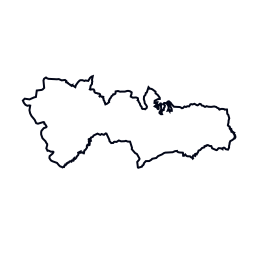 Dong Luang, Mukdahan, Thailand, rotated 7°
{"feature_id": "78962969B66357052438621", "entity_name": "Dong Luang", "entity_type": "district", "adm_level": 2, "iso_a3": "THA", "parent_name": "Thailand", "parent_adm1": "Mukdahan", "projection": "mercator", "projection_center": [104.389, 16.783], "detail": "fine", "context": "isolated", "style": "outline", "palette": "ink", "viewbox_px": 256, "rotation_deg": 7, "n_neighbors": 0, "source": "geoboundaries", "source_scale": "gbopen_adm2", "svg_char_len": 5822}
<svg xmlns="http://www.w3.org/2000/svg" viewBox="0 0 256 256"><g transform="rotate(7 128 128)"><path d="M224.0,97.6L222.7,97.7L221.9,98.0L221.2,97.6L219.9,97.5L218.1,97.7L216.5,98.6L215.9,98.1L215.7,97.5L214.1,97.1L213.1,96.4L210.9,96.1L208.1,96.9L205.5,97.1L203.2,96.8L202.3,97.5L201.5,97.6L200.1,96.8L198.5,96.7L197.3,95.4L196.2,95.3L194.4,97.0L193.4,96.9L191.0,95.9L189.0,96.8L188.1,96.6L187.1,96.9L186.0,99.1L184.2,99.2L183.0,100.1L181.4,99.8L180.1,101.4L179.1,101.8L177.5,101.0L176.5,100.9L171.1,101.3L168.7,99.4L167.3,97.8L165.3,96.5L164.2,97.0L163.6,97.9L165.4,98.5L166.1,99.2L169.0,103.8L169.4,105.6L168.9,105.7L168.5,105.2L168.0,105.8L167.0,104.9L167.1,106.1L166.5,105.4L165.3,105.9L165.8,104.1L165.9,102.8L165.3,101.2L164.2,99.7L162.7,98.7L161.0,98.7L160.6,99.0L160.4,100.0L161.9,101.3L161.8,102.7L161.2,103.9L161.3,105.8L160.6,106.1L159.9,105.9L160.1,106.5L159.5,107.2L159.5,109.0L160.1,110.1L159.1,110.3L157.5,109.4L157.3,108.6L158.8,105.4L157.8,101.4L158.4,101.0L158.7,100.3L158.0,100.2L157.5,99.6L157.1,99.7L156.7,100.5L155.6,101.5L155.9,102.2L155.7,102.8L156.1,105.2L155.6,105.6L155.1,105.4L154.4,104.4L154.6,103.6L154.1,103.0L153.0,103.7L152.5,103.5L153.2,102.7L152.3,102.7L153.3,101.6L154.0,101.2L154.1,100.8L153.8,100.5L154.1,98.8L153.3,98.9L152.1,100.0L151.2,99.9L151.2,97.7L154.2,95.7L156.0,95.3L155.8,94.1L153.5,91.6L151.1,90.2L150.9,88.6L147.4,86.6L145.7,86.2L144.4,86.4L143.9,85.4L143.4,85.0L142.3,90.5L141.4,91.1L141.3,92.9L140.1,94.7L140.2,97.5L141.1,99.5L141.6,101.4L143.5,103.4L144.2,104.5L144.1,105.8L142.7,107.3L142.1,107.1L140.0,107.3L139.4,106.8L138.8,105.1L137.9,104.5L137.1,103.3L137.0,102.6L135.4,100.7L135.0,99.7L134.2,99.3L134.5,98.8L134.3,97.6L134.0,97.1L132.2,96.7L129.0,97.3L126.9,96.5L126.9,95.3L127.3,94.2L127.3,92.2L125.8,91.4L124.2,91.1L122.7,91.3L120.6,92.2L115.6,92.9L113.6,92.5L111.3,93.2L111.3,95.4L110.5,96.2L109.3,96.3L108.8,97.5L107.8,98.4L107.2,100.2L106.4,101.1L106.4,101.7L105.9,102.6L106.1,103.0L105.7,103.5L106.1,104.6L104.3,106.4L102.7,107.3L102.2,106.4L102.1,105.6L101.5,105.1L101.3,104.3L100.3,103.1L100.3,102.2L99.8,101.8L99.7,100.1L98.7,100.0L98.3,100.3L97.7,99.9L96.6,99.8L96.1,100.2L95.9,100.0L96.3,99.7L96.4,98.8L96.1,97.9L95.0,97.4L94.1,97.6L93.8,97.3L91.4,97.1L90.5,96.5L90.0,95.6L90.0,94.8L89.2,93.9L87.6,94.0L86.2,94.5L85.4,94.3L85.7,93.3L85.7,90.9L86.9,88.6L86.7,87.6L86.9,86.2L86.4,84.7L86.7,80.9L85.5,81.5L84.2,82.9L82.8,86.1L80.0,86.0L79.0,86.6L76.9,86.1L75.2,86.3L74.2,86.8L72.7,88.8L71.0,92.0L70.7,93.9L70.2,93.7L70.1,93.3L69.6,93.3L68.4,92.7L67.5,92.9L67.5,92.5L67.2,92.8L66.9,92.3L66.3,92.7L65.7,92.6L65.2,92.0L63.4,91.2L63.0,90.7L62.7,90.7L62.3,90.2L61.2,90.3L60.8,89.9L61.0,88.8L59.6,88.0L56.4,88.8L53.4,87.9L51.4,88.3L43.2,88.9L41.7,88.6L40.6,87.9L40.2,88.0L38.7,89.4L38.3,91.1L39.9,98.4L38.6,100.1L37.7,100.7L32.9,101.9L32.8,108.4L31.0,109.1L26.8,111.6L21.9,111.5L20.3,113.6L21.6,115.7L23.4,117.5L25.4,118.2L27.3,117.6L28.2,117.7L28.0,122.3L29.1,125.4L30.8,127.9L34.4,131.3L36.3,134.4L38.1,134.7L42.8,132.6L43.7,132.4L44.2,132.7L44.4,134.0L45.4,134.4L47.0,136.5L46.9,137.0L46.5,137.4L44.4,138.4L42.5,141.3L42.3,142.6L42.6,145.0L44.4,148.6L47.8,151.3L48.6,152.6L49.7,153.7L49.9,154.9L49.4,158.1L50.9,160.4L51.8,160.1L54.4,160.9L56.4,160.6L56.9,160.9L56.9,161.4L56.2,162.7L53.7,165.4L53.6,166.7L53.8,167.7L55.5,169.6L57.0,170.2L61.8,171.3L64.1,173.5L65.6,174.5L66.9,174.6L67.7,175.1L68.8,174.5L69.2,174.5L69.2,173.8L69.5,173.6L69.6,172.9L70.2,172.6L70.2,172.2L70.5,172.3L70.6,171.9L71.1,171.8L71.3,170.8L71.8,170.7L71.8,170.3L72.6,170.0L72.7,169.6L73.4,169.5L73.9,168.5L74.5,168.1L75.6,168.3L75.6,168.0L76.0,168.0L76.1,167.3L76.4,167.4L77.2,166.7L77.7,167.1L78.0,166.9L78.1,166.2L77.6,165.6L77.8,165.2L78.3,164.5L78.6,165.1L79.4,165.1L80.4,163.6L80.4,162.9L81.9,160.8L82.0,159.8L81.6,158.7L82.6,158.5L82.5,157.9L83.9,157.0L84.1,158.3L86.0,157.7L86.7,158.5L87.3,158.5L87.5,155.6L88.5,154.7L89.7,152.4L89.3,151.0L89.8,149.5L90.5,149.2L90.7,149.8L91.1,150.0L91.9,149.5L91.9,147.8L91.1,147.4L90.8,146.3L92.3,145.8L92.8,145.3L92.4,144.6L90.8,144.7L90.4,144.4L90.4,143.9L91.0,143.5L92.3,143.3L92.4,142.0L94.2,141.0L94.7,139.7L98.4,137.3L101.3,138.2L102.5,137.2L104.9,137.7L106.5,136.1L107.3,136.2L110.8,141.8L111.2,143.2L113.2,145.0L115.2,144.6L115.6,143.7L116.2,143.3L118.4,143.2L120.4,141.5L122.8,142.1L126.3,141.5L127.5,141.0L129.3,141.5L131.7,141.3L134.4,147.2L134.3,148.5L138.0,151.9L140.1,152.8L143.1,156.9L143.1,157.9L141.3,160.6L142.6,165.9L143.0,166.2L146.5,164.7L146.9,163.4L147.6,163.1L148.1,162.0L148.0,161.2L149.7,158.7L153.1,158.2L155.0,156.7L155.8,155.6L159.7,154.3L161.3,152.2L164.9,150.1L166.9,148.4L168.1,147.9L175.3,146.6L177.4,145.3L179.4,144.8L179.5,145.2L180.8,145.9L182.4,146.0L185.4,145.8L185.7,146.2L186.1,148.8L186.9,148.8L188.1,147.3L189.3,148.5L190.3,148.8L193.1,148.6L194.1,149.4L195.1,149.6L196.0,150.5L196.3,150.0L195.5,149.2L196.1,147.3L196.6,147.1L198.1,147.6L198.3,147.1L197.8,145.7L198.2,145.4L199.5,145.6L199.6,144.7L200.3,144.0L200.8,141.8L202.3,141.1L204.0,138.8L206.1,137.9L206.2,136.7L207.6,136.4L207.8,135.9L208.3,135.9L208.7,135.3L209.7,135.3L211.2,135.9L212.9,135.8L214.0,137.9L218.4,139.2L219.1,138.9L220.1,137.3L220.6,136.9L223.1,136.9L224.4,137.5L224.4,136.5L225.6,135.8L226.4,136.0L227.6,137.1L229.9,137.3L230.7,135.2L230.5,133.4L230.8,131.1L230.6,130.7L231.1,128.6L233.3,127.0L234.1,126.0L235.2,125.4L235.7,124.3L235.7,123.6L235.4,123.2L235.1,123.3L235.3,122.7L234.7,122.2L234.8,121.8L234.2,121.6L234.1,121.0L233.3,120.5L233.3,120.1L233.8,119.7L232.5,119.0L231.7,119.3L231.2,119.1L231.4,118.7L231.1,118.6L231.2,118.0L230.9,118.0L230.7,117.2L230.4,117.6L230.1,117.3L230.3,117.3L230.4,116.5L230.0,116.5L229.3,115.9L228.9,115.4L229.1,115.0L228.7,114.2L227.3,113.7L226.8,113.1L227.1,110.0L226.9,108.7L227.3,106.0L225.9,102.7L224.8,101.8L224.0,97.6Z" fill="none" stroke="#020617" stroke-width="2"/></g></svg>